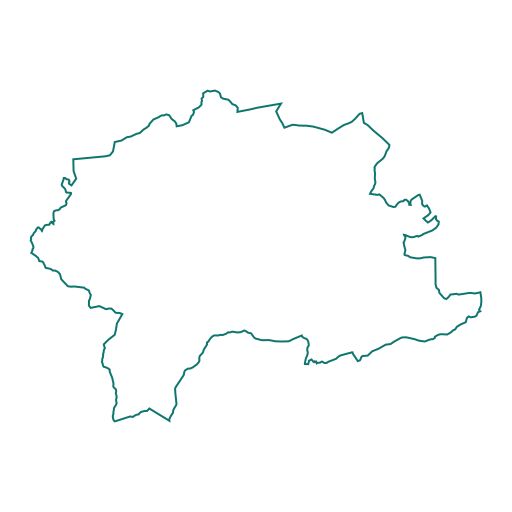 Sinteu, Bihor, Romania
{"feature_id": "2599482B35691886795936", "entity_name": "Sinteu", "entity_type": "district", "adm_level": 2, "iso_a3": "ROU", "parent_name": "Romania", "parent_adm1": "Bihor", "projection": "robinson", "projection_center": [22.5, 47.135], "detail": "fine", "context": "isolated", "style": "outline", "palette": "teal", "viewbox_px": 512, "rotation_deg": 0, "n_neighbors": 0, "source": "geoboundaries", "source_scale": "gbopen_adm2", "svg_char_len": 6022}
<svg xmlns="http://www.w3.org/2000/svg" viewBox="0 0 512 512"><path d="M480.2,311.3L479.0,309.7L479.9,308.0L480.9,305.7L481.3,302.3L481.3,298.4L480.4,292.3L475.0,293.5L470.8,292.9L469.0,293.0L458.6,294.6L456.6,293.8L450.3,294.6L448.8,296.8L446.4,299.0L444.2,298.3L439.4,292.9L439.0,290.0L436.4,287.7L435.5,283.8L435.6,281.3L435.3,258.1L430.6,257.1L423.7,257.5L420.4,258.3L417.0,258.4L410.3,257.3L408.2,255.9L405.4,255.2L404.7,255.0L404.5,254.6L404.4,254.2L405.4,250.1L404.2,245.7L403.6,242.3L404.2,241.5L405.3,238.5L405.4,236.8L404.1,235.2L404.0,234.8L405.1,235.0L410.2,237.1L413.0,237.2L416.9,236.0L417.8,236.1L418.3,236.6L422.5,234.8L423.1,234.1L432.2,230.5L436.2,227.7L438.5,224.4L438.8,221.6L436.9,220.5L436.0,219.0L436.1,216.4L435.4,216.2L431.4,220.2L428.0,222.5L426.3,221.2L423.5,218.4L428.3,215.1L430.5,212.5L429.1,208.6L426.9,205.4L425.0,206.6L423.9,206.2L422.7,205.0L422.1,203.9L422.2,200.9L419.7,194.7L419.0,194.8L417.7,195.4L411.4,199.7L410.5,201.4L410.3,203.3L410.7,204.9L409.2,204.7L409.3,203.4L407.7,200.9L406.0,199.7L404.4,199.9L403.5,201.1L400.8,201.5L399.0,202.3L397.3,204.0L395.4,206.7L393.4,207.0L388.5,205.4L385.9,202.2L385.1,200.1L383.5,197.9L379.4,194.4L377.5,194.9L370.0,193.8L371.3,191.2L373.4,188.5L374.2,185.8L375.1,183.9L375.4,182.7L375.3,181.4L374.8,178.8L375.0,173.2L374.5,169.6L374.8,168.2L374.5,167.4L374.8,166.6L377.1,163.3L382.6,158.9L384.6,156.4L386.4,151.6L387.1,150.3L388.1,149.2L389.1,147.1L389.4,144.9L382.5,138.2L373.3,130.5L367.7,125.1L363.9,122.9L362.2,113.1L359.6,113.8L355.1,118.8L351.8,121.8L348.7,123.3L344.1,124.9L338.7,128.2L331.9,132.7L324.7,129.7L313.3,126.6L306.5,125.7L299.5,125.6L294.7,124.9L292.1,124.9L284.4,127.7L282.0,122.6L280.8,121.0L279.4,118.5L276.2,111.4L281.0,103.6L257.4,107.7L250.7,109.3L237.4,111.9L237.8,107.9L235.7,105.4L232.3,104.1L230.2,101.5L228.3,99.7L222.9,98.6L220.9,97.2L220.0,93.6L218.4,92.0L215.0,90.6L209.8,91.5L207.6,90.7L203.1,93.4L203.3,96.9L201.6,98.5L202.0,101.0L201.4,102.2L201.5,104.7L198.8,107.4L193.3,110.2L194.0,112.0L193.0,114.8L191.6,115.8L188.9,122.3L182.4,125.2L176.7,126.3L176.3,123.6L174.8,121.4L171.6,118.9L169.1,115.2L166.2,114.4L164.1,115.4L162.1,115.3L160.2,116.1L158.9,117.1L153.4,119.5L149.4,124.0L149.1,125.5L146.4,127.8L143.6,129.5L139.8,133.0L136.4,133.9L130.6,136.6L126.9,137.2L121.4,140.6L114.8,142.0L113.0,151.4L109.9,155.3L105.4,156.3L73.3,159.3L73.6,171.1L76.2,178.7L71.5,185.4L69.1,183.8L68.9,183.1L68.9,182.3L69.5,181.6L69.1,180.1L68.7,179.6L66.5,179.2L65.1,178.0L63.8,178.0L63.3,180.2L61.7,184.5L62.1,185.8L64.7,188.5L65.5,189.8L66.0,192.1L66.5,192.5L70.9,192.9L71.1,193.9L66.1,200.9L66.0,201.9L66.6,203.1L66.0,205.0L65.9,205.2L60.7,207.6L59.6,209.3L58.2,210.1L55.9,210.4L53.9,211.3L53.4,213.6L53.7,219.4L54.5,220.8L53.0,222.1L53.4,223.4L53.4,223.9L52.2,223.0L51.7,221.7L51.2,221.8L50.2,222.9L49.3,224.7L46.7,224.9L44.9,225.4L42.2,229.6L42.2,230.6L42.0,231.0L41.6,230.5L41.3,229.7L38.7,227.4L37.7,227.5L36.0,229.8L35.6,231.2L33.8,233.1L32.9,235.1L31.7,236.2L30.9,237.5L31.1,238.8L30.7,240.5L32.1,243.1L33.5,247.0L33.1,248.6L32.5,249.2L32.4,250.7L31.3,252.9L35.8,255.9L38.2,258.0L39.3,261.1L41.7,261.4L43.1,262.2L44.9,265.9L45.7,267.9L49.7,268.7L51.8,269.6L52.4,270.3L53.1,270.6L54.9,270.5L57.6,271.7L59.9,274.0L61.3,279.3L67.8,286.2L70.8,286.7L74.6,286.5L84.3,287.7L85.1,288.6L89.0,290.6L89.6,292.8L90.8,295.0L89.8,299.2L89.0,300.6L88.9,305.6L90.7,307.9L99.3,306.1L106.1,309.2L109.0,308.5L111.3,308.6L112.4,309.4L115.6,312.7L116.3,312.9L118.7,312.9L120.0,313.1L122.3,314.1L116.9,323.6L116.0,329.5L114.7,334.8L108.8,339.4L103.8,344.3L104.1,345.9L104.9,347.9L103.8,350.3L103.7,352.1L103.0,354.3L103.2,355.4L102.9,357.3L102.2,359.0L102.3,360.1L102.0,361.5L101.9,362.1L102.7,363.6L102.7,364.3L103.0,365.4L103.6,366.7L105.5,367.2L108.3,368.5L109.7,369.6L109.6,370.6L109.8,371.9L112.0,377.3L112.4,378.5L112.7,380.2L113.3,382.5L113.5,383.7L113.3,386.4L113.5,387.0L116.0,389.6L116.2,391.4L115.8,393.4L116.5,395.7L116.6,397.7L116.2,399.1L116.1,400.2L116.6,403.1L115.9,405.1L114.3,407.4L114.0,408.2L113.7,410.7L113.4,412.1L113.5,413.8L112.9,415.2L112.8,417.1L113.4,419.7L114.4,421.1L114.8,421.4L130.1,416.5L133.0,416.9L134.5,415.7L136.1,414.9L138.8,414.3L139.6,413.1L141.1,411.9L145.0,410.9L146.8,411.0L148.2,409.9L149.3,408.5L169.4,420.8L169.3,419.2L170.8,416.0L172.9,412.9L173.4,409.7L176.0,405.4L176.5,404.1L175.3,392.7L175.1,388.4L175.8,387.0L183.7,375.1L184.5,371.4L185.2,370.3L188.0,368.6L190.0,368.6L192.6,367.5L197.0,364.3L198.6,362.4L199.4,360.8L199.4,359.6L199.2,358.2L199.8,355.9L202.2,353.4L203.0,352.3L203.8,349.6L207.1,344.4L206.9,343.5L207.0,342.7L207.4,342.0L208.3,341.7L209.9,339.1L211.6,337.1L213.7,335.6L214.7,335.4L217.9,335.5L221.1,334.8L222.5,335.1L226.2,333.7L228.1,332.3L229.5,332.5L232.2,331.7L233.6,331.8L236.6,332.4L239.8,332.3L242.1,331.6L243.9,330.6L244.4,330.5L246.7,331.6L247.8,332.6L251.0,333.3L251.5,333.8L252.1,334.8L254.1,337.5L255.4,338.5L261.0,340.0L262.6,340.2L269.2,340.1L275.5,341.3L282.4,341.5L288.5,341.3L290.5,340.5L292.6,339.3L301.8,335.5L302.1,336.6L302.6,337.0L303.8,337.9L305.7,338.6L307.1,339.4L308.3,341.7L308.7,344.3L308.7,345.7L307.8,347.0L307.4,348.1L307.2,350.4L307.7,351.8L307.8,352.6L307.3,355.2L305.9,358.3L304.8,363.5L304.9,364.0L308.2,364.2L309.1,360.7L311.5,359.5L313.5,361.9L314.7,361.3L315.2,362.2L316.2,361.7L316.8,363.3L317.3,362.9L320.1,362.6L321.8,361.6L322.2,361.6L324.0,362.8L325.1,363.0L325.9,363.0L327.0,362.7L328.5,361.7L335.8,358.9L336.6,358.4L337.7,357.2L340.0,355.6L347.9,353.4L350.3,352.9L351.7,352.3L352.6,352.4L352.7,353.5L357.8,361.1L359.8,360.4L360.4,359.6L361.2,357.3L362.5,356.0L367.7,355.6L372.2,351.3L378.6,348.7L385.8,344.6L390.5,344.1L394.0,341.7L400.8,337.9L402.4,337.4L406.2,337.3L414.4,339.1L419.0,340.7L424.9,341.5L428.0,340.2L430.7,339.3L432.9,339.2L434.8,337.9L434.9,336.8L436.7,335.6L439.5,334.4L441.2,334.2L447.2,334.5L451.0,332.3L453.1,330.3L454.9,329.6L457.1,326.6L460.5,324.5L465.8,322.2L466.9,317.9L468.8,316.4L470.6,317.3L474.7,316.7L476.4,315.8L478.0,312.2L480.2,311.3Z" fill="none" stroke="#0f766e" stroke-width="2"/></svg>